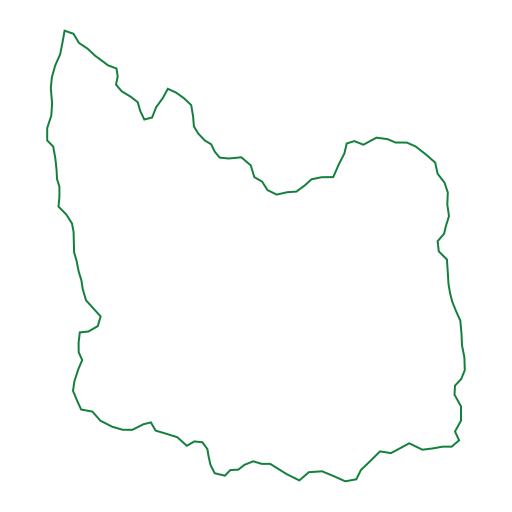 Bom Jesus do Amparo, Minas Gerais, Brazil (Albers equal-area conic projection)
{"feature_id": "56859067B28888821052332", "entity_name": "Bom Jesus do Amparo", "entity_type": "district", "adm_level": 2, "iso_a3": "BRA", "parent_name": "Brazil", "parent_adm1": "Minas Gerais", "projection": "albers", "projection_center": [-43.474, -19.706], "detail": "fine", "context": "isolated", "style": "outline", "palette": "green", "viewbox_px": 512, "rotation_deg": 0, "n_neighbors": 0, "source": "geoboundaries", "source_scale": "gbopen_adm2", "svg_char_len": 2018}
<svg xmlns="http://www.w3.org/2000/svg" viewBox="0 0 512 512"><path d="M459.1,440.3L455.0,431.5L461.0,420.7L461.0,406.4L454.5,394.7L455.0,385.6L461.2,379.0L464.8,370.1L464.4,357.6L462.0,345.3L461.5,333.6L460.3,320.6L455.8,310.6L452.2,301.5L450.1,293.3L448.5,284.1L447.7,270.8L446.9,259.5L438.8,251.4L437.6,241.2L444.1,233.7L446.0,225.7L449.0,216.1L447.3,204.6L447.8,192.5L444.6,182.8L437.6,173.7L435.2,162.6L425.7,154.3L415.5,146.4L406.9,142.6L395.5,142.5L387.4,139.1L376.4,137.7L363.4,144.7L354.3,141.1L346.7,143.5L344.4,153.4L338.9,164.2L333.2,177.1L321.7,177.2L311.5,179.3L304.9,185.3L296.4,191.6L287.4,192.2L276.7,194.6L267.5,190.1L262.1,181.6L254.3,177.1L250.8,165.4L241.3,157.3L228.7,158.5L219.7,157.6L214.7,151.6L211.2,144.3L204.7,140.4L198.2,133.5L193.9,126.4L193.1,116.4L191.2,105.1L183.9,98.2L176.1,92.6L167.8,88.8L162.9,97.9L156.1,107.3L152.1,117.5L144.3,119.5L140.2,110.9L137.8,102.3L131.1,97.0L121.7,91.3L116.0,84.6L117.7,76.6L116.5,68.5L107.9,65.3L101.8,60.6L95.3,55.9L87.5,48.6L78.9,42.9L73.5,33.8L64.6,30.7L62.5,42.4L60.2,54.2L55.2,65.5L51.9,77.2L50.8,88.0L52.1,103.5L51.3,115.6L47.2,128.1L47.2,140.5L53.2,146.5L55.3,158.2L56.6,170.2L57.0,178.9L59.4,186.7L59.4,197.2L58.5,206.6L66.4,214.6L72.0,223.5L73.6,232.1L73.8,240.6L74.1,252.5L76.5,260.5L78.7,271.6L81.4,280.4L82.7,289.0L86.0,300.3L93.8,308.9L100.6,316.4L97.8,326.1L88.4,331.5L79.8,332.4L78.6,342.7L78.7,352.3L82.2,360.1L78.3,369.2L74.4,381.4L73.0,390.8L77.0,400.4L81.1,409.5L92.4,411.6L100.4,420.7L112.4,426.8L122.8,429.8L132.4,429.8L143.6,424.2L150.9,422.4L155.6,430.6L164.7,433.3L177.3,437.2L186.8,445.8L194.4,441.4L202.5,442.3L207.4,449.2L208.7,457.0L210.5,464.9L214.7,473.2L224.9,475.7L230.3,470.1L238.4,469.6L244.3,464.9L253.2,461.3L261.8,463.9L270.2,463.9L278.1,468.8L287.0,474.3L299.3,480.4L308.9,472.2L322.1,471.3L333.4,476.0L345.3,481.3L356.3,479.3L360.9,470.0L370.3,461.0L380.0,451.4L390.9,453.1L399.8,448.4L409.2,443.3L422.4,449.7L433.0,448.4L442.4,446.7L451.6,446.7L459.1,440.3Z" fill="none" stroke="#15803d" stroke-width="2"/></svg>